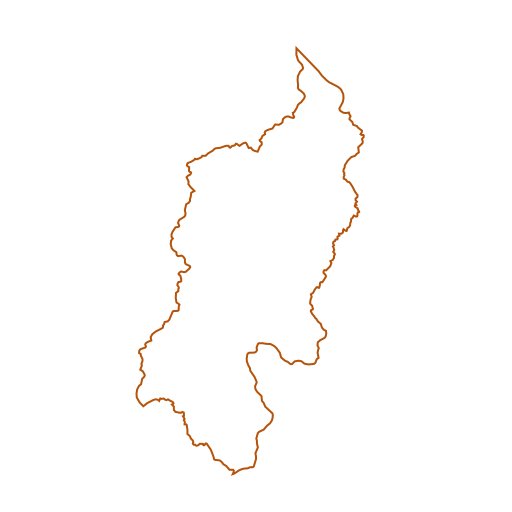 Marquetalia, Caldas, Colombia (Robinson projection), rotated 121°
{"feature_id": "7082276B4972068249253", "entity_name": "Marquetalia", "entity_type": "district", "adm_level": 2, "iso_a3": "COL", "parent_name": "Colombia", "parent_adm1": "Caldas", "projection": "robinson", "projection_center": [-75.04, 5.308], "detail": "fine", "context": "isolated", "style": "outline", "palette": "amber", "viewbox_px": 512, "rotation_deg": 121, "n_neighbors": 0, "source": "geoboundaries", "source_scale": "gbopen_adm2", "svg_char_len": 6117}
<svg xmlns="http://www.w3.org/2000/svg" viewBox="0 0 512 512"><g transform="rotate(121 256 256)"><path d="M224.2,356.1L226.8,352.2L229.3,350.9L230.6,347.6L232.0,342.3L235.1,344.1L238.7,342.5L240.9,342.0L242.9,340.9L245.1,341.1L247.3,342.4L248.0,342.4L253.3,340.6L256.0,338.2L257.9,337.5L259.6,337.8L263.8,340.0L265.2,340.4L267.7,339.9L269.5,337.5L270.3,337.2L271.3,337.7L272.9,339.8L278.5,340.0L281.1,339.5L282.4,338.7L283.3,338.0L283.8,336.3L286.5,336.7L289.5,335.4L292.8,332.2L293.6,329.7L293.8,326.1L295.6,324.9L296.2,324.0L296.1,322.5L294.0,320.0L294.0,318.0L295.2,315.4L297.8,313.8L298.9,312.6L299.1,311.6L298.7,307.9L298.9,307.1L299.6,306.6L301.3,306.7L305.8,308.1L306.9,309.3L307.9,312.3L309.7,313.1L311.2,313.2L311.6,312.8L311.8,310.7L314.0,308.5L315.9,307.2L316.7,307.3L318.3,309.1L320.0,309.0L321.5,308.4L322.4,306.4L323.1,305.7L324.5,305.5L326.1,304.5L328.8,305.6L333.4,303.1L336.8,300.2L336.9,297.4L337.2,296.5L338.9,296.3L342.3,294.4L343.3,294.8L345.6,298.2L346.4,298.8L355.2,297.5L357.5,298.0L359.6,300.3L361.9,299.7L363.4,299.9L364.7,299.1L365.8,299.0L372.5,303.1L376.4,304.6L379.8,304.5L382.4,302.2L385.5,304.6L387.7,305.6L388.9,305.4L390.3,303.7L391.4,303.7L395.5,307.1L397.2,307.3L399.4,306.3L399.4,304.4L400.9,303.2L402.5,300.6L403.5,299.7L405.3,299.0L407.3,298.8L408.7,297.4L413.1,296.6L413.1,293.7L414.8,290.7L415.6,289.9L417.1,289.6L419.8,290.3L425.1,288.5L427.6,289.4L431.8,289.1L435.6,287.5L438.7,285.3L441.5,280.2L442.8,275.2L438.0,273.4L432.1,269.7L430.7,268.4L430.1,267.2L429.7,265.7L430.1,264.4L427.4,264.7L427.0,263.2L425.7,261.7L426.0,259.7L425.5,258.4L424.2,257.6L424.3,255.2L424.0,252.4L424.7,250.9L425.5,250.9L426.6,251.6L427.3,248.9L430.3,247.1L431.1,244.8L429.6,240.5L428.9,239.5L427.7,238.9L427.4,237.3L430.1,235.4L431.0,236.1L432.4,233.3L433.8,233.4L434.7,231.7L437.1,230.5L436.3,229.1L436.5,228.4L440.4,225.2L443.9,223.1L444.3,220.4L445.4,218.5L446.0,218.0L446.7,215.1L447.8,213.9L449.2,213.6L449.7,212.8L449.8,212.0L449.1,211.1L449.4,210.2L449.1,209.0L448.1,208.1L445.9,207.4L444.4,204.7L445.2,203.7L445.1,203.1L444.3,202.7L442.7,202.7L442.2,201.7L445.3,195.0L449.6,189.4L451.8,187.2L451.8,185.9L450.2,182.6L449.9,181.2L450.5,178.5L451.3,176.7L451.3,173.3L452.9,168.7L451.0,165.4L451.5,164.4L453.1,163.8L454.9,163.6L453.4,162.4L449.0,160.4L446.4,158.7L444.6,157.0L442.2,153.7L440.0,152.2L438.8,150.0L437.5,149.5L430.1,151.4L428.3,152.4L425.3,154.9L419.2,155.8L416.0,158.8L414.2,159.8L412.3,161.7L407.0,163.2L405.3,162.9L400.9,160.0L395.7,159.1L392.1,157.8L388.6,157.7L386.0,158.5L383.6,159.7L382.4,160.9L380.4,170.4L378.0,173.7L377.1,176.3L373.2,179.2L371.8,185.2L370.4,187.9L368.2,189.7L364.3,190.2L363.4,190.8L360.4,195.0L357.3,201.8L355.3,203.4L353.8,206.1L351.1,209.5L348.8,211.1L345.3,212.6L343.9,212.8L342.5,212.1L339.6,207.6L338.2,206.7L336.4,206.6L333.8,208.5L330.4,209.0L329.4,208.7L327.4,205.5L325.9,201.7L324.0,198.3L323.8,194.0L324.4,191.1L326.7,185.7L329.8,182.5L330.2,181.5L330.8,177.4L330.4,174.1L330.9,170.7L330.1,169.5L326.3,168.5L323.7,165.4L322.8,162.7L323.3,159.3L323.0,157.8L321.7,154.8L318.7,150.8L317.0,150.1L313.1,150.8L311.1,149.9L307.3,153.3L304.8,154.3L302.7,154.7L301.0,157.2L298.2,158.6L295.1,157.6L290.8,155.0L289.1,154.9L286.3,155.8L284.1,157.5L284.3,159.7L283.8,161.7L282.8,163.4L280.9,165.3L280.1,169.6L278.8,171.8L278.6,173.5L277.8,174.8L276.7,178.0L275.1,180.6L274.2,180.9L272.6,179.9L272.1,179.9L269.7,182.3L269.1,184.8L268.6,185.3L265.2,186.8L262.4,187.2L260.5,189.2L258.1,188.1L254.5,188.3L251.7,188.0L251.1,187.5L251.1,186.1L250.7,185.5L248.4,186.1L246.5,187.1L245.4,187.2L245.0,187.0L244.7,186.0L244.1,185.6L237.7,185.4L236.6,186.3L235.6,189.5L234.3,190.2L232.9,190.1L232.2,188.5L226.5,187.1L223.2,187.8L222.1,189.6L219.9,188.2L217.4,188.2L215.8,189.2L214.0,189.2L213.4,189.8L212.7,191.9L210.8,191.9L208.8,193.8L208.2,195.0L206.5,194.7L205.7,196.3L204.6,196.9L203.6,196.8L202.5,196.0L201.0,196.4L199.9,194.9L198.9,195.0L198.0,195.9L197.4,196.1L195.6,194.9L194.1,196.4L193.0,194.4L191.6,193.7L190.5,193.8L189.0,194.7L187.9,194.7L188.2,192.4L188.1,191.5L187.7,191.2L185.1,192.0L183.1,191.1L181.5,191.1L179.0,192.2L177.4,192.4L175.2,193.5L173.7,192.9L170.9,193.0L170.8,190.9L170.0,189.7L169.3,189.8L167.2,191.0L166.0,191.1L165.4,190.3L165.0,190.3L163.6,192.7L162.8,193.4L162.7,196.3L162.3,197.1L161.6,197.3L160.6,196.3L160.1,197.5L159.6,197.9L157.4,197.4L156.8,199.5L155.4,200.2L153.5,199.4L151.6,200.2L150.1,203.9L146.9,209.0L144.9,213.1L144.7,214.1L145.2,215.8L144.3,218.4L144.5,220.7L142.9,221.6L141.3,221.7L140.5,222.7L139.4,222.9L138.6,224.6L136.3,225.6L134.7,225.5L132.5,226.6L127.2,226.5L122.0,225.2L119.2,222.7L117.0,222.4L114.3,221.2L110.1,224.4L104.4,222.8L102.8,223.5L101.2,225.4L98.6,225.0L97.3,225.6L97.0,226.1L97.9,227.9L97.8,229.1L95.6,229.0L94.0,229.7L93.4,234.9L92.6,236.6L93.5,240.2L91.5,242.5L90.7,246.2L90.1,246.7L87.4,247.0L86.5,248.9L85.2,250.2L87.3,252.8L88.2,254.9L88.2,258.2L87.7,259.5L86.7,260.5L79.2,260.9L75.8,262.2L72.4,264.5L69.6,268.6L69.0,271.0L68.8,273.9L69.4,282.9L69.0,286.1L67.5,292.3L65.3,297.7L57.1,328.3L62.6,325.1L66.2,321.2L67.0,319.8L68.3,315.1L70.4,312.7L71.6,312.2L75.3,313.2L80.3,312.7L83.9,310.9L87.7,308.0L90.4,306.6L91.2,305.2L91.5,301.8L92.1,298.8L93.1,297.2L94.1,296.3L96.1,295.9L101.1,296.5L102.8,297.4L105.1,297.9L107.3,297.4L112.8,297.3L114.3,298.2L116.0,296.7L117.0,295.0L117.9,294.8L118.5,295.2L119.1,297.0L119.8,300.5L121.6,302.4L124.6,303.4L127.8,302.2L129.3,302.6L131.7,303.9L133.4,307.3L138.3,307.6L141.3,310.4L144.0,312.2L145.6,312.2L146.9,310.9L149.7,312.3L152.6,311.9L154.7,312.6L155.4,311.7L155.6,309.7L157.5,308.5L160.3,309.1L165.7,308.3L166.6,311.2L166.8,313.4L165.8,316.3L167.2,317.9L164.4,322.2L164.3,323.6L166.3,325.2L170.1,326.9L169.8,330.1L170.1,331.1L172.2,331.2L174.0,333.2L176.4,333.8L176.6,334.6L175.7,336.3L177.0,338.5L181.6,342.3L184.5,346.1L186.2,347.0L187.7,347.2L192.7,349.9L196.1,350.8L197.8,353.7L199.2,353.6L200.3,354.1L203.5,356.4L204.1,358.4L205.1,358.3L208.4,360.0L211.7,362.5L213.8,362.0L214.3,361.0L214.3,359.0L217.7,357.2L218.0,356.4L217.8,354.7L218.2,354.4L220.1,354.3L222.3,355.7L224.2,356.1Z" fill="none" stroke="#b45309" stroke-width="2"/></g></svg>